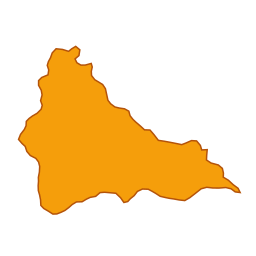 the district of Goiabeira, Minas Gerais, Brazil, rotated 268°
{"feature_id": "56859067B98239132971744", "entity_name": "Goiabeira", "entity_type": "district", "adm_level": 2, "iso_a3": "BRA", "parent_name": "Brazil", "parent_adm1": "Minas Gerais", "projection": "albers", "projection_center": [-41.236, -19.04], "detail": "fine", "context": "isolated", "style": "filled", "palette": "amber", "viewbox_px": 256, "rotation_deg": 268, "n_neighbors": 0, "source": "geoboundaries", "source_scale": "gbopen_adm2", "svg_char_len": 1660}
<svg xmlns="http://www.w3.org/2000/svg" viewBox="0 0 256 256"><g transform="rotate(268 128 128)"><path d="M59.6,237.8L63.9,235.9L67.8,231.0L72.3,226.5L75.5,221.5L79.6,221.8L84.3,220.9L87.9,217.0L90.1,209.8L93.3,205.3L98.0,205.7L103.6,206.4L103.5,200.9L108.1,199.7L112.7,196.1L113.2,191.0L110.9,185.2L109.5,181.1L110.7,176.2L112.1,170.2L113.5,163.8L114.6,157.9L120.6,153.6L125.2,149.9L125.6,144.4L129.3,140.7L133.8,135.8L136.5,133.2L140.2,130.5L144.8,129.4L147.3,125.2L148.3,119.8L149.5,115.6L152.8,111.5L156.4,108.9L161.4,108.0L168.1,106.8L172.3,104.2L174.6,100.8L177.4,96.5L181.7,93.4L185.9,93.3L190.2,94.4L193.8,93.5L192.4,87.5L192.5,83.1L195.0,79.2L198.9,77.5L202.1,81.5L207.8,82.6L211.4,78.6L209.1,74.5L206.7,71.3L208.8,65.3L209.7,58.9L205.7,54.9L200.9,53.0L197.2,50.8L193.4,49.5L188.8,50.8L183.9,49.9L181.5,43.5L178.5,40.3L173.8,40.1L168.8,42.6L164.0,43.3L158.4,41.6L153.7,43.1L149.7,41.8L145.9,37.7L143.4,33.0L141.0,29.5L138.2,26.6L133.8,26.2L130.1,24.3L125.4,20.4L120.4,18.2L116.3,21.5L113.2,24.6L108.1,26.1L103.9,29.4L100.9,34.8L97.2,37.4L92.7,38.4L87.0,37.9L81.8,36.7L77.9,36.7L73.5,36.2L68.6,36.2L64.2,37.3L59.2,38.1L53.7,38.2L50.5,41.0L47.6,45.6L44.6,49.9L44.6,53.9L46.0,57.9L47.8,62.1L50.6,66.1L53.5,69.6L55.9,73.9L55.9,79.6L58.3,83.9L60.0,87.8L60.8,93.3L64.4,97.8L64.6,102.3L63.9,108.0L63.2,113.6L58.6,118.1L53.7,121.3L54.5,125.2L57.2,127.8L60.2,131.8L64.3,135.2L66.5,140.3L66.1,146.1L63.9,149.9L61.7,153.4L58.6,157.8L57.1,163.4L56.2,167.2L55.5,171.2L54.3,176.7L53.5,182.2L56.2,187.3L60.0,192.6L64.7,199.0L66.0,204.6L65.1,210.6L64.8,216.9L65.1,223.7L63.6,229.0L60.4,232.9L59.6,237.8Z" fill="#f59e0b" stroke="#b45309" stroke-width="1.5"/></g></svg>